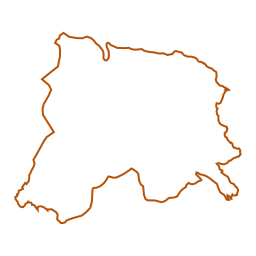 Garnic, Caras-Severin, Romania
{"feature_id": "2599482B142541919189", "entity_name": "Garnic", "entity_type": "district", "adm_level": 2, "iso_a3": "ROU", "parent_name": "Romania", "parent_adm1": "Caras-Severin", "projection": "equal_earth", "projection_center": [21.779, 44.757], "detail": "fine", "context": "isolated", "style": "outline", "palette": "amber", "viewbox_px": 256, "rotation_deg": 0, "n_neighbors": 0, "source": "geoboundaries", "source_scale": "gbopen_adm2", "svg_char_len": 5342}
<svg xmlns="http://www.w3.org/2000/svg" viewBox="0 0 256 256"><path d="M228.7,89.9L228.4,89.6L227.0,88.7L225.6,89.1L225.8,88.8L226.0,88.4L225.9,87.9L225.0,87.5L224.4,87.4L222.4,86.0L221.5,85.8L220.7,85.7L220.0,85.5L219.4,85.2L218.4,84.2L217.8,83.3L217.6,82.8L216.8,82.5L216.3,81.4L215.8,79.4L216.6,76.8L216.5,75.7L216.5,74.9L216.5,73.2L216.1,72.1L215.8,71.6L214.2,70.8L213.0,69.6L212.2,68.8L210.1,68.0L209.2,67.7L207.9,67.0L206.2,65.9L205.9,65.0L205.0,64.1L204.3,63.3L203.5,63.5L202.6,62.8L202.2,62.3L201.2,61.8L199.7,61.8L198.7,61.6L197.7,60.4L197.4,59.7L196.7,58.8L196.2,58.4L195.6,57.9L194.3,57.5L192.6,56.9L190.8,56.6L189.6,56.6L188.0,56.7L187.0,56.4L185.9,55.7L185.1,55.7L184.5,55.6L183.0,54.1L181.7,52.6L181.0,52.4L180.0,52.3L178.2,51.6L176.6,51.2L175.2,51.1L174.2,51.9L173.1,53.0L172.4,54.1L171.6,54.1L167.6,55.0L164.9,53.9L163.3,53.3L161.9,53.4L160.2,53.4L158.4,53.5L156.0,52.8L155.3,52.7L154.1,52.4L152.7,52.3L151.4,52.2L150.1,52.0L148.8,51.8L147.5,51.6L146.2,51.3L145.6,51.1L145.0,50.9L143.7,50.5L142.1,49.2L139.8,49.2L138.2,49.5L136.7,49.6L135.7,49.6L134.3,49.6L133.4,49.5L132.6,49.3L131.6,49.1L130.7,48.8L129.9,48.4L129.0,47.9L126.1,48.1L123.2,48.1L120.2,48.0L117.3,47.9L111.2,45.2L110.6,44.8L110.0,44.3L109.5,43.7L109.0,43.1L107.5,42.8L106.5,44.2L106.7,46.9L108.5,50.8L108.6,51.2L108.8,52.8L108.9,54.4L108.9,56.0L108.7,57.7L108.3,58.4L107.8,59.1L107.2,59.8L106.6,60.4L104.8,60.2L103.8,58.9L103.4,57.3L103.5,56.5L103.6,55.7L103.6,54.8L103.5,54.0L103.4,53.0L103.3,52.3L103.2,51.7L102.9,50.9L102.5,50.2L99.0,45.6L96.7,44.1L93.8,40.5L90.7,37.9L86.7,36.6L82.4,38.3L77.0,38.1L69.1,36.8L63.5,32.9L59.7,35.6L59.2,38.5L56.7,39.7L55.1,42.9L59.3,45.8L60.1,50.5L59.9,57.0L59.3,59.4L58.8,61.7L58.4,64.1L58.0,66.4L42.0,79.2L48.9,85.1L51.2,89.7L48.8,95.3L43.6,104.3L42.5,109.7L43.1,115.0L44.2,116.8L53.8,132.1L46.7,137.1L44.0,141.0L37.5,152.8L33.4,159.8L34.6,163.4L33.5,167.0L31.8,169.9L30.4,173.1L29.2,175.3L29.2,178.6L28.6,181.3L26.6,184.0L25.3,182.9L22.2,187.1L23.0,188.9L21.6,189.4L20.2,190.3L19.0,190.5L18.7,191.0L18.6,192.5L18.1,194.0L17.0,194.4L17.4,195.7L16.8,196.4L15.4,196.9L15.4,197.9L15.6,199.2L16.6,200.5L17.7,202.1L18.4,204.1L19.1,205.1L20.4,206.7L22.4,207.1L23.1,207.1L23.3,206.7L24.5,205.9L25.5,203.8L27.4,202.8L28.1,201.6L29.3,202.4L31.1,202.8L31.3,202.9L31.9,203.9L32.1,204.4L32.1,204.9L33.0,204.9L33.4,204.9L34.7,205.5L35.0,206.3L35.6,207.2L36.9,208.8L37.7,209.8L37.5,208.2L37.4,207.3L38.3,206.7L39.9,206.3L40.6,206.2L43.5,207.1L44.9,208.1L46.4,209.2L47.5,210.3L47.5,210.1L47.5,209.4L49.5,209.4L50.5,209.3L52.0,209.4L52.9,210.2L54.2,211.0L56.6,212.6L57.0,213.5L57.7,215.0L57.3,217.3L57.2,219.5L59.5,221.5L60.8,223.0L62.6,223.1L65.2,222.3L66.5,220.5L71.1,218.7L81.7,215.6L85.9,212.4L90.2,208.0L91.9,201.6L92.5,189.3L93.5,187.9L96.4,187.8L100.0,186.3L103.8,183.2L104.1,182.9L105.3,181.4L106.4,179.8L107.4,178.2L108.3,176.5L109.5,176.6L110.7,176.9L111.8,177.2L112.9,177.7L116.5,177.5L123.7,174.0L129.5,170.1L131.4,168.5L132.3,169.0L133.3,169.5L133.6,169.7L136.0,171.4L136.9,172.0L138.3,173.8L138.5,175.8L138.8,178.4L139.5,181.7L140.9,184.5L143.1,186.3L144.0,194.9L145.4,198.8L147.6,200.3L155.4,200.5L156.9,201.0L158.4,201.4L160.0,201.8L161.5,202.1L164.0,201.5L164.9,201.0L165.8,200.5L166.7,199.8L167.5,199.1L168.2,198.4L169.7,197.8L171.0,197.8L172.2,197.7L173.4,197.6L174.6,197.3L175.7,197.0L176.2,196.9L177.7,195.8L178.4,194.5L179.2,193.2L180.0,192.0L180.9,190.8L181.5,190.2L183.0,188.9L184.5,187.9L186.0,186.9L186.3,185.0L188.6,182.9L189.5,183.4L190.3,183.8L191.3,184.1L192.2,184.3L195.0,183.6L198.4,181.3L201.4,180.1L200.6,178.8L196.2,174.5L196.4,172.5L197.4,172.7L198.3,173.1L199.2,173.7L200.0,174.4L201.6,174.6L203.2,175.0L204.7,175.5L206.2,176.1L209.6,178.2L217.0,184.0L217.6,186.0L218.4,188.1L219.2,190.1L220.2,192.1L220.9,192.8L221.7,193.4L222.7,194.0L223.7,194.5L225.9,197.7L226.2,198.6L226.6,199.5L228.4,200.0L229.1,199.8L228.9,199.6L228.0,198.7L227.6,197.4L227.5,195.3L229.1,196.2L230.0,197.1L230.7,198.4L231.4,198.7L231.3,197.6L231.6,196.1L232.4,194.6L232.9,195.4L234.0,195.4L235.9,195.4L236.4,195.1L237.0,194.9L236.8,194.2L237.5,192.5L238.1,190.2L237.0,187.8L235.2,186.1L233.7,184.0L231.0,182.9L230.1,182.0L228.1,177.2L226.2,175.7L224.4,174.8L221.4,172.3L222.5,171.5L222.3,170.4L219.7,169.3L219.0,166.3L216.8,163.6L218.9,163.1L221.3,164.0L224.0,164.3L227.2,163.0L229.2,160.7L230.2,160.6L231.0,160.4L231.3,160.1L231.5,159.7L232.5,159.0L234.9,157.6L236.2,157.5L236.7,157.0L237.5,156.7L238.6,156.6L239.1,156.3L239.7,155.1L240.6,154.5L240.1,152.0L240.3,150.7L240.0,150.2L239.5,149.0L238.8,148.4L237.8,148.8L236.8,148.6L236.0,148.1L235.4,148.2L234.5,147.5L233.8,147.6L233.1,146.8L232.5,144.9L232.5,144.1L231.3,142.6L230.8,142.9L230.1,142.6L229.4,141.7L228.0,140.3L227.2,138.9L227.0,137.7L226.8,137.6L226.5,137.6L225.3,136.7L224.9,136.0L224.7,134.9L224.9,134.1L224.7,132.9L225.5,132.4L226.1,132.1L226.6,131.6L227.1,129.6L227.4,128.8L226.7,128.0L226.9,127.2L226.6,126.7L226.3,126.7L226.0,126.7L223.9,125.9L221.8,124.9L220.3,124.0L219.0,121.8L218.4,120.3L218.4,118.7L218.4,117.0L218.3,115.7L217.2,114.6L216.8,112.7L216.6,110.6L217.6,108.6L217.0,108.2L216.3,107.0L216.2,106.0L216.2,105.0L216.6,103.2L218.2,103.7L219.0,103.6L219.8,103.3L220.5,102.9L222.8,97.7L223.2,95.5L223.6,94.6L224.0,93.7L224.6,92.8L225.1,91.9L225.8,91.1L226.2,90.7L226.7,90.3L227.3,90.0L228.7,89.9Z" fill="none" stroke="#b45309" stroke-width="2"/></svg>